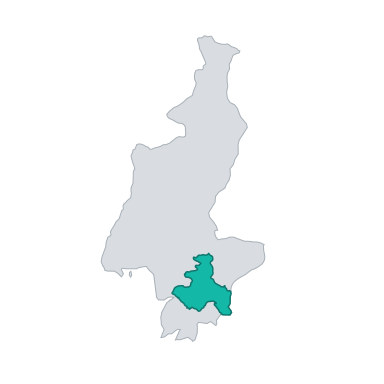 Hwanghae-bukto on a map of North Korea (Equal Earth projection), rotated 328°
{"feature_id": "PRK-3303", "entity_name": "Hwanghae-bukto", "entity_type": "Province", "adm_level": 1, "iso_a3": "PRK", "parent_name": "North Korea", "parent_adm1": "", "projection": "equal_earth", "projection_center": [126.361, 38.471], "detail": "fine", "context": "in_parent", "style": "filled", "palette": "teal", "viewbox_px": 384, "rotation_deg": 328, "n_neighbors": 0, "source": "natural_earth", "source_scale": "10m", "svg_char_len": 8236}
<svg xmlns="http://www.w3.org/2000/svg" viewBox="0 0 384 384"><g transform="rotate(328 192 192)"><path d="M225.3,274.8L224.0,275.5L221.8,279.6L219.8,284.9L217.8,287.7L215.5,289.3L213.0,290.2L208.0,290.6L203.6,290.2L202.1,289.6L195.9,290.0L194.2,290.3L185.3,289.9L180.7,290.4L177.8,291.4L174.8,293.5L172.2,296.7L169.9,300.1L165.3,306.3L162.0,309.4L162.0,313.8L162.0,315.1L160.8,316.0L160.4,315.6L158.5,315.3L151.0,311.3L144.8,313.7L143.2,316.9L141.5,317.9L139.1,311.7L135.0,311.5L128.6,306.0L125.8,307.1L125.1,309.3L121.6,314.4L116.7,318.6L115.1,319.1L113.2,318.8L113.5,317.7L111.5,313.0L103.7,311.1L101.0,309.1L99.5,308.7L107.2,303.5L109.2,302.5L107.7,301.3L106.1,300.7L99.8,301.5L96.6,299.8L91.8,300.3L88.5,299.0L95.4,293.9L95.7,290.8L95.6,288.6L99.1,281.8L102.6,278.0L111.7,272.7L115.6,272.0L118.4,272.2L120.7,271.7L118.3,269.7L115.9,268.7L111.3,268.9L106.5,265.9L106.1,262.7L115.5,242.4L115.6,240.5L114.2,235.6L113.8,230.8L107.1,228.0L104.2,227.7L95.6,222.3L92.2,219.6L90.9,220.4L90.6,224.7L89.4,225.7L87.1,226.5L86.0,221.6L84.2,218.0L78.6,214.4L76.6,212.4L77.6,208.1L77.1,207.7L78.1,202.8L81.6,199.1L90.1,192.5L92.3,189.4L96.7,185.7L98.6,185.8L100.6,185.5L101.2,183.9L101.7,182.6L103.4,181.5L107.6,179.5L112.3,176.8L116.1,176.1L120.7,172.1L122.6,170.4L124.4,170.4L125.0,169.5L126.0,167.5L127.5,166.1L129.5,165.9L132.9,164.9L137.0,164.3L139.9,161.0L140.9,158.6L142.7,156.0L146.7,153.2L149.5,149.0L152.5,144.4L153.9,142.9L155.4,142.6L156.2,140.9L157.2,136.1L158.6,131.4L159.4,129.1L162.9,126.7L163.8,125.5L164.5,125.1L166.2,125.5L168.3,124.0L170.4,122.5L172.2,123.0L174.1,124.3L176.1,126.9L177.0,129.0L178.6,130.7L178.9,133.3L180.5,134.4L183.8,134.9L189.2,136.6L192.8,136.7L194.8,138.0L199.0,138.7L207.4,137.7L210.8,138.3L212.3,139.9L214.4,141.1L215.8,141.2L217.7,139.1L219.6,135.5L220.9,132.9L220.8,130.7L219.7,128.4L216.9,126.3L215.0,123.0L213.3,119.6L212.2,118.5L211.4,116.9L211.2,114.4L211.8,112.7L216.0,111.5L221.3,110.8L225.7,111.6L232.9,111.1L237.3,110.1L240.6,110.3L243.7,110.2L245.0,108.8L249.2,105.3L251.2,104.1L253.4,101.7L253.7,99.2L254.2,97.2L255.4,95.1L257.6,92.5L259.4,91.2L261.5,91.4L263.8,92.6L265.2,93.8L266.8,93.5L268.0,91.4L268.9,91.0L271.4,90.8L272.2,89.6L273.1,83.5L274.0,78.7L274.1,75.3L276.3,69.8L276.9,66.4L278.2,64.9L279.8,65.0L281.1,66.0L282.7,66.6L284.9,66.0L286.4,66.9L287.4,68.7L290.7,69.9L291.0,70.8L291.0,76.8L292.9,79.6L295.3,82.2L298.5,84.5L300.3,85.0L301.4,86.7L302.4,89.6L304.8,92.4L306.0,94.4L306.3,96.5L307.4,97.7L305.6,99.0L303.1,98.2L299.1,97.8L294.0,101.9L291.2,103.4L289.2,107.5L285.2,109.9L283.0,112.5L280.3,117.0L278.4,121.3L274.2,125.7L271.7,131.3L271.6,136.1L274.5,141.0L274.8,145.2L273.0,153.8L274.3,163.0L273.1,166.6L259.7,172.9L256.3,176.0L251.4,184.2L245.4,187.2L241.7,190.6L236.5,192.5L233.3,198.3L229.7,201.6L225.3,203.6L222.1,206.1L214.8,206.3L209.7,208.1L206.1,212.9L195.1,218.4L193.6,222.6L194.4,229.0L194.5,234.0L193.5,238.0L191.1,236.9L189.8,238.2L188.4,242.0L188.8,246.3L192.6,247.7L195.8,249.4L200.1,250.3L203.4,252.3L210.3,261.4L215.9,265.3L217.4,266.8L220.6,268.8L223.6,272.0L225.3,274.8ZM97.0,230.3L94.9,231.7L94.8,229.2L96.4,227.1L98.1,226.9L97.0,230.3Z" fill="#d9dde1" stroke="#a8b0b8" stroke-width="1"/><path d="M172.2,296.8L171.4,298.7L170.8,299.4L169.4,300.6L168.7,301.3L165.6,306.3L164.1,307.6L163.1,307.9L162.4,308.0L162.0,308.4L161.8,309.5L162.1,313.8L161.6,314.4L161.5,315.2L161.1,315.2L160.3,315.7L159.3,316.4L158.7,316.2L153.5,312.8L153.2,312.5L152.3,310.8L152.2,310.8L152.4,310.3L152.5,310.1L152.5,309.8L152.5,309.6L152.2,309.3L152.0,309.1L151.8,308.8L151.8,308.3L151.9,306.8L152.0,306.4L152.1,306.2L152.1,305.9L152.1,305.5L151.9,305.0L151.7,304.2L152.0,303.4L151.6,302.3L151.7,301.1L151.6,300.7L151.4,300.5L151.2,300.2L151.2,299.8L151.3,299.3L151.5,299.0L152.0,298.6L152.2,298.4L152.3,298.2L152.5,298.1L152.8,298.3L153.0,299.0L153.2,299.4L153.3,299.4L153.5,299.3L153.6,299.1L153.6,298.6L153.4,298.2L153.2,297.7L152.9,296.9L152.7,296.5L152.3,296.0L152.1,295.8L151.9,295.6L151.7,295.4L149.7,294.6L148.7,294.0L147.8,293.6L147.3,293.5L146.5,293.5L144.9,293.9L144.7,294.0L143.3,295.1L143.1,295.3L142.9,295.3L142.6,295.3L142.1,295.1L141.9,295.1L141.7,295.2L141.4,295.4L141.3,295.6L140.9,296.1L140.6,296.2L140.2,296.3L139.0,296.0L138.6,296.0L138.4,296.1L137.5,296.6L136.1,297.0L135.8,297.0L135.4,297.0L134.9,296.8L134.5,296.6L134.3,296.4L134.2,296.2L134.1,295.9L133.8,294.0L133.7,293.5L133.5,293.3L132.4,292.4L132.1,292.0L131.9,291.7L131.9,291.4L131.8,291.2L131.4,290.6L131.2,290.1L131.0,289.8L130.8,289.7L130.6,289.7L130.4,289.8L130.2,290.0L129.2,289.9L128.9,289.9L128.3,290.1L127.7,290.1L127.6,289.9L127.7,289.7L127.9,289.6L127.9,289.4L128.0,289.3L127.9,289.0L127.7,288.8L127.2,288.3L126.5,287.9L126.2,287.6L126.5,287.3L126.7,287.1L126.9,286.9L127.0,286.6L127.0,286.4L127.0,286.2L126.9,286.1L126.3,285.2L126.2,285.1L126.1,284.9L126.0,284.7L126.0,284.2L126.0,283.4L126.0,283.2L126.0,282.9L126.1,282.6L126.1,282.4L126.1,282.1L125.8,281.5L125.5,280.9L125.4,280.5L125.3,280.1L124.9,279.6L124.8,279.3L124.8,279.0L124.8,277.9L124.8,277.7L124.7,277.4L124.5,276.9L124.5,276.7L124.5,275.3L124.4,274.7L124.2,274.5L124.6,274.4L124.2,274.0L123.8,273.3L123.6,273.0L123.1,271.6L123.0,270.3L122.9,270.0L122.8,269.7L122.1,269.0L121.7,268.4L121.6,268.0L121.5,267.7L121.5,267.1L122.6,266.7L125.3,264.9L126.5,264.2L127.5,264.1L129.9,264.3L130.5,264.4L134.2,266.4L134.4,266.6L134.6,266.8L134.8,267.0L134.9,267.3L134.9,267.5L134.9,268.3L135.0,268.6L135.2,268.8L136.6,269.5L137.2,269.9L138.7,270.6L139.6,270.8L140.2,270.7L141.0,270.6L141.3,270.4L141.5,270.3L141.7,270.0L142.4,269.1L142.6,268.8L142.9,268.6L143.3,268.4L144.7,268.0L144.9,267.9L145.1,267.7L145.3,267.4L145.4,267.2L145.4,265.4L145.3,265.1L145.3,264.9L145.2,264.6L145.1,264.4L143.8,262.4L143.6,262.3L143.4,262.1L142.6,261.6L142.1,261.3L141.9,261.1L141.8,260.9L141.7,260.6L141.6,260.4L141.6,260.1L141.5,259.9L141.7,258.9L141.7,258.6L141.8,258.3L141.9,258.0L142.3,257.7L142.5,257.6L142.7,257.8L143.0,257.9L143.4,257.6L143.7,257.3L144.0,257.2L144.2,256.9L144.5,256.9L144.7,257.0L145.8,257.1L146.0,257.2L146.3,257.5L146.7,257.9L146.8,258.1L147.3,258.4L148.0,258.6L148.5,258.5L149.2,258.6L149.5,258.7L150.6,259.2L150.9,259.4L151.1,259.5L151.3,259.6L151.6,259.8L154.2,260.7L154.7,260.7L155.2,260.7L155.5,260.5L155.7,260.3L155.7,260.1L155.8,259.9L155.8,259.7L155.8,259.2L155.7,258.8L155.5,258.3L155.3,257.8L155.2,257.5L155.3,257.1L155.8,256.6L156.1,256.3L156.3,256.3L156.6,256.4L158.4,257.6L158.9,257.7L159.5,257.7L160.9,257.5L161.4,257.3L161.7,257.1L161.7,256.8L161.6,256.6L161.4,256.4L161.2,256.0L160.8,255.5L160.7,255.3L160.6,255.0L160.4,254.2L160.2,254.0L160.1,253.7L159.2,252.9L159.1,252.6L158.9,252.4L158.8,251.8L158.6,251.6L158.1,250.8L158.0,250.6L158.0,250.3L157.9,250.0L157.9,249.6L158.0,249.2L158.3,248.6L158.6,248.3L158.9,248.2L159.2,248.4L159.8,249.2L160.0,249.4L160.2,249.6L160.5,249.7L160.8,249.8L161.4,249.8L161.9,249.7L163.7,249.2L164.0,249.2L164.3,249.3L164.6,249.4L165.0,249.7L165.6,250.2L165.8,250.3L166.1,250.4L167.2,250.7L167.8,250.9L168.3,251.2L170.2,252.8L170.7,253.2L171.5,253.3L173.6,253.0L173.8,254.8L174.0,255.6L174.4,256.1L174.6,256.4L174.7,256.5L174.8,256.8L174.9,257.0L175.0,257.3L175.0,257.5L175.0,257.8L174.9,258.2L174.6,258.9L174.3,259.5L173.7,260.4L173.5,260.6L173.3,260.7L173.0,260.8L172.8,260.9L171.0,261.0L170.8,261.1L170.6,261.2L170.4,261.4L170.1,261.6L169.9,261.8L169.8,262.0L169.6,262.3L169.6,262.7L169.6,263.2L169.7,264.1L169.7,265.4L169.6,266.3L169.5,266.9L169.4,267.3L168.9,268.3L167.6,270.2L166.9,271.7L166.6,272.2L166.4,272.4L165.9,272.8L165.4,273.1L163.2,273.8L162.8,274.1L162.6,274.3L162.5,274.6L162.4,275.0L162.6,275.5L163.4,276.7L163.5,277.0L163.7,277.4L163.7,278.0L163.6,278.3L163.6,278.6L163.5,278.9L163.3,279.4L163.3,279.9L163.2,280.2L163.3,280.9L163.5,281.8L163.8,282.5L166.3,286.9L166.4,287.3L166.4,287.6L166.6,287.9L166.8,288.2L167.1,288.3L167.3,288.4L167.7,288.5L168.0,288.7L168.4,289.2L168.7,289.2L168.9,289.2L169.3,288.9L169.5,288.8L169.7,288.7L169.9,288.7L170.1,288.9L170.1,289.2L169.9,289.9L169.7,290.3L169.5,290.6L169.5,290.9L169.6,291.3L170.0,291.9L170.0,292.1L170.0,292.5L169.8,293.0L169.6,293.5L169.7,294.2L170.3,295.1L170.5,295.3L170.9,295.4L171.5,295.5L171.8,295.9L171.8,296.2L172.2,296.7L172.2,296.8Z" fill="#14b8a6" stroke="#0f766e" stroke-width="1.5"/></g></svg>